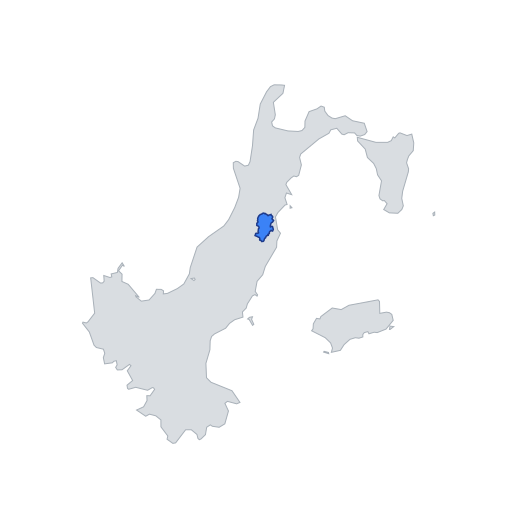 location of Frosinone within Italy, rotated 252°
{"feature_id": "ITA-5425", "entity_name": "Frosinone", "entity_type": "Province", "adm_level": 1, "iso_a3": "ITA", "parent_name": "Italy", "parent_adm1": "", "projection": "mercator", "projection_center": [13.565, 41.628], "detail": "fine", "context": "in_parent", "style": "filled", "palette": "blue", "viewbox_px": 512, "rotation_deg": 252, "n_neighbors": 0, "source": "natural_earth", "source_scale": "10m", "svg_char_len": 5804}
<svg xmlns="http://www.w3.org/2000/svg" viewBox="0 0 512 512"><g transform="rotate(252 256 256)"><path d="M109.2,114.8L112.1,116.5L122.9,112.8L129.5,114.9L135.0,111.3L138.5,105.8L137.7,101.6L146.4,94.8L147.3,102.5L152.2,107.7L156.9,109.0L155.8,112.1L160.5,118.4L162.3,117.8L162.9,116.7L161.8,111.4L168.3,101.0L168.6,93.7L169.8,92.9L173.0,93.4L175.7,100.2L186.6,98.1L190.3,103.2L192.0,102.2L189.2,93.4L190.5,88.9L193.4,88.1L195.4,90.3L199.6,90.8L199.8,88.2L198.8,86.4L200.2,78.7L206.5,79.4L210.2,82.1L214.5,82.1L218.3,75.9L221.2,74.4L235.3,74.0L245.7,70.2L246.6,71.0L244.7,74.0L245.3,75.9L251.5,84.9L286.3,92.0L285.8,94.2L278.3,99.8L277.8,101.9L278.9,103.8L284.5,105.2L280.7,110.4L280.7,112.4L283.7,112.7L283.2,119.1L286.9,121.0L290.9,126.6L286.8,127.6L288.5,126.1L284.4,120.7L280.1,123.0L273.2,120.6L268.6,125.7L252.7,132.2L255.5,129.2L254.3,129.2L248.5,133.0L247.2,140.7L251.6,148.3L255.1,151.0L253.5,155.6L251.4,157.3L248.6,156.1L247.8,160.2L249.3,171.1L251.7,178.7L259.6,187.1L265.3,189.9L282.7,202.7L289.1,217.0L294.5,234.7L299.1,241.3L308.6,250.7L317.2,257.6L325.3,261.8L346.4,261.6L351.7,263.2L352.3,266.1L351.3,268.1L345.0,273.0L344.7,276.8L347.6,279.5L361.9,286.7L376.6,292.7L386.4,300.5L399.2,307.0L409.0,316.9L412.6,322.1L413.2,326.1L410.8,333.1L409.5,335.9L402.4,331.9L396.8,320.0L384.3,318.0L380.7,315.9L378.6,312.3L374.7,311.9L371.9,313.9L365.1,325.0L361.4,334.6L361.1,338.5L363.2,342.2L369.2,344.3L376.9,351.1L377.1,359.5L378.5,364.2L376.4,366.9L372.5,366.2L367.3,367.9L363.7,370.9L362.1,373.8L361.8,384.2L354.8,389.6L348.8,400.0L340.0,400.1L337.9,396.9L337.8,392.1L339.4,389.2L342.6,387.8L344.8,381.7L344.1,377.3L345.4,375.3L352.5,372.3L352.9,366.1L350.2,363.3L347.9,352.0L339.2,330.1L336.3,327.9L328.6,327.3L319.5,321.5L318.9,319.0L320.4,316.7L319.4,313.5L316.5,307.9L314.6,306.5L303.3,308.9L306.5,304.4L302.5,301.5L295.4,301.5L295.5,299.4L290.6,290.3L287.2,286.6L274.3,284.7L270.1,286.3L263.8,280.5L258.0,278.3L243.2,261.6L236.1,256.6L231.6,249.2L222.6,244.3L218.5,245.5L217.5,244.6L219.6,243.1L219.2,240.3L213.1,233.0L209.5,230.6L207.0,225.8L201.9,224.7L202.0,216.1L200.1,210.0L196.7,204.8L194.7,192.4L193.2,188.9L189.5,186.2L181.1,183.2L169.4,175.2L155.5,171.3L149.8,174.2L135.3,191.5L121.7,195.5L121.4,191.9L126.6,183.9L125.5,180.9L117.1,181.9L106.0,174.5L104.5,168.0L107.6,161.8L109.5,160.4L108.4,156.2L101.7,152.7L99.0,147.2L98.8,145.3L100.5,144.4L104.5,144.7L110.7,140.8L112.5,135.4L103.1,121.8L103.5,119.0L109.2,114.8ZM254.1,190.6L254.6,187.3L251.8,189.4L252.5,190.9L254.1,190.6ZM337.6,389.0L327.0,405.2L323.4,416.2L323.9,420.3L326.9,423.3L325.4,424.5L328.6,429.6L328.6,431.0L323.9,436.8L323.8,441.8L314.8,441.0L307.6,438.1L304.0,432.3L301.1,429.9L298.1,428.0L291.8,428.1L289.0,426.9L272.3,415.5L265.7,412.4L258.2,411.6L255.2,409.1L252.8,404.1L255.8,396.2L260.7,391.8L265.2,396.8L269.1,395.2L269.3,393.6L272.0,391.6L275.5,391.6L288.7,398.6L295.6,396.7L301.9,397.4L307.7,396.5L315.2,392.4L323.9,392.9L334.0,388.2L337.6,389.0ZM178.4,299.0L183.0,312.4L178.7,320.5L180.4,329.2L176.6,358.5L174.6,359.4L163.2,356.0L162.3,362.7L160.8,365.4L158.5,367.1L152.4,366.6L146.3,357.1L145.7,347.6L147.0,344.8L147.1,339.4L149.5,339.0L149.7,335.3L148.3,333.3L146.0,332.6L146.0,328.5L147.6,325.2L147.7,319.6L144.5,312.4L140.2,307.1L141.1,297.9L144.8,300.3L150.3,300.1L156.9,296.6L167.7,285.8L169.2,287.8L173.8,289.6L178.0,294.3L176.4,297.3L178.4,299.0ZM198.7,228.6L199.7,230.9L199.3,233.9L197.1,232.2L191.7,232.8L191.1,231.3L197.7,229.9L198.7,228.6ZM147.9,361.8L146.3,365.2L144.7,360.8L144.9,360.2L147.9,361.8ZM144.3,291.3L141.9,295.1L140.6,295.0L143.7,290.6L144.3,291.3ZM242.6,439.5L239.7,438.7L239.5,437.1L241.9,437.4L242.6,439.5ZM293.3,304.0L290.8,305.1L290.9,303.2L293.3,304.0Z" fill="#d9dde1" stroke="#a8b0b8" stroke-width="1"/><path d="M278.9,280.8L276.2,280.7L275.8,280.6L275.5,280.3L274.8,279.7L274.6,279.5L274.7,279.1L275.0,278.8L275.7,278.3L274.8,276.3L274.3,275.9L273.6,275.8L273.3,275.6L273.1,275.2L273.0,274.8L273.0,274.4L272.9,274.1L272.4,274.3L271.9,274.1L271.9,273.7L271.9,273.1L271.9,272.5L271.7,271.8L270.3,270.7L270.2,270.5L270.3,270.1L270.2,269.9L269.8,269.4L268.2,268.3L267.8,267.7L267.7,267.4L267.7,267.2L268.0,266.1L268.0,265.9L268.3,265.8L269.0,265.6L269.4,265.4L269.9,264.5L270.4,264.5L271.4,265.0L272.2,265.0L272.6,264.9L272.8,264.6L273.0,264.2L274.1,263.3L275.7,261.4L275.9,261.4L276.0,261.5L276.5,262.1L276.8,262.3L277.1,262.4L277.4,262.6L277.5,262.8L277.6,263.1L277.5,263.4L277.3,263.8L277.2,263.9L277.2,264.1L277.1,265.0L277.1,265.3L277.2,265.5L277.3,265.6L277.5,265.6L277.8,265.6L278.1,265.5L278.4,265.5L278.5,265.5L281.1,266.7L281.3,266.9L281.4,267.1L281.5,267.3L281.6,267.5L281.8,267.6L282.0,267.7L282.7,267.7L283.1,267.7L283.6,267.4L284.1,267.0L284.5,266.5L284.7,266.3L284.8,266.3L284.9,266.2L285.1,266.3L286.7,266.8L286.9,267.0L287.0,267.2L287.1,267.3L287.3,267.8L287.4,268.0L287.5,268.2L287.6,268.3L287.9,268.4L288.3,268.5L288.5,268.4L288.8,268.3L289.0,268.3L289.3,268.4L289.8,268.8L290.1,269.0L290.5,269.1L290.9,269.1L291.4,269.3L292.8,270.6L293.0,270.9L293.2,271.1L293.4,271.3L293.5,271.4L293.5,271.5L293.6,271.9L293.7,272.1L294.1,272.7L294.1,272.8L294.1,273.1L294.1,274.3L294.2,274.7L294.2,274.9L294.4,275.0L294.5,275.2L294.5,275.4L294.5,275.9L294.5,276.1L294.5,276.4L294.4,276.6L293.8,277.1L293.7,277.2L293.8,277.3L293.8,277.6L293.3,278.3L293.0,278.3L292.8,278.4L292.6,278.5L291.9,279.2L291.9,279.3L291.5,279.5L291.3,279.6L290.7,279.8L290.6,280.0L290.9,280.8L291.0,281.0L290.9,281.4L290.8,282.3L290.9,283.1L290.7,283.1L289.7,283.2L289.4,283.5L289.2,283.7L288.6,284.0L287.8,283.9L286.5,282.7L285.7,282.9L284.8,283.6L284.3,283.7L283.9,283.2L283.1,282.1L283.0,281.9L283.0,281.2L282.7,280.7L282.3,280.2L280.2,278.9L279.6,278.7L279.2,278.7L279.2,279.1L279.3,279.5L279.3,280.0L279.1,280.6L278.9,280.8Z" fill="#3b82f6" stroke="#1e3a8a" stroke-width="1.5"/></g></svg>